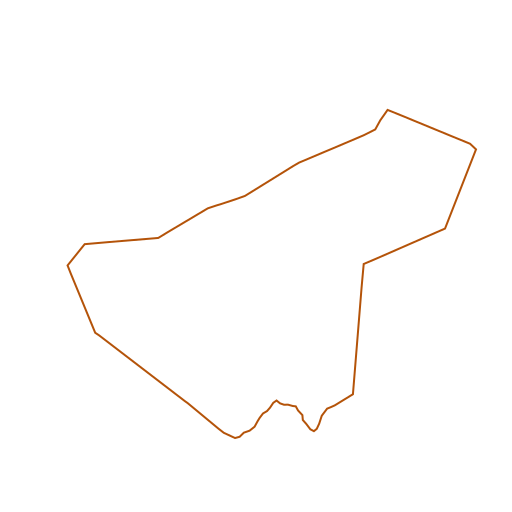 Belágua, Maranhão, Brazil (Equal Earth projection), rotated 198°
{"feature_id": "56859067B20132101746210", "entity_name": "Belágua", "entity_type": "district", "adm_level": 2, "iso_a3": "BRA", "parent_name": "Brazil", "parent_adm1": "Maranhão", "projection": "equal_earth", "projection_center": [-43.471, -3.111], "detail": "fine", "context": "isolated", "style": "outline", "palette": "amber", "viewbox_px": 512, "rotation_deg": 198, "n_neighbors": 0, "source": "geoboundaries", "source_scale": "gbopen_adm2", "svg_char_len": 1004}
<svg xmlns="http://www.w3.org/2000/svg" viewBox="0 0 512 512"><g transform="rotate(198 256 256)"><path d="M238.6,80.3L232.0,77.9L219.7,76.4L215.7,79.0L213.0,84.2L208.1,87.9L204.6,93.2L203.4,99.5L202.5,103.2L200.7,108.4L197.6,111.9L195.8,116.1L194.2,121.7L191.8,124.9L187.6,123.3L183.4,123.2L179.6,124.5L174.7,124.7L171.7,125.3L168.3,122.1L162.7,119.0L160.8,114.5L156.1,111.7L150.8,108.0L146.8,107.3L144.8,110.4L144.1,116.0L144.1,124.4L141.2,132.8L138.1,135.4L134.9,138.3L121.1,154.5L146.0,259.3L151.1,281.7L141.1,290.4L84.7,340.5L79.7,425.4L87.1,428.9L107.1,430.4L147.5,433.5L157.5,434.3L176.0,435.6L177.8,429.7L179.7,423.6L181.7,413.2L190.9,404.1L216.4,381.9L223.5,375.8L243.8,358.2L248.3,353.2L271.2,326.1L285.1,309.7L292.5,304.0L306.1,294.0L308.9,292.1L316.5,286.5L318.8,283.9L347.4,251.3L354.5,243.0L357.5,241.7L400.2,223.8L422.6,214.3L424.7,208.8L432.3,188.8L426.6,181.9L412.1,164.9L385.2,133.3L380.9,132.1L278.8,96.0L275.6,95.0L238.6,80.3Z" fill="none" stroke="#b45309" stroke-width="2"/></g></svg>